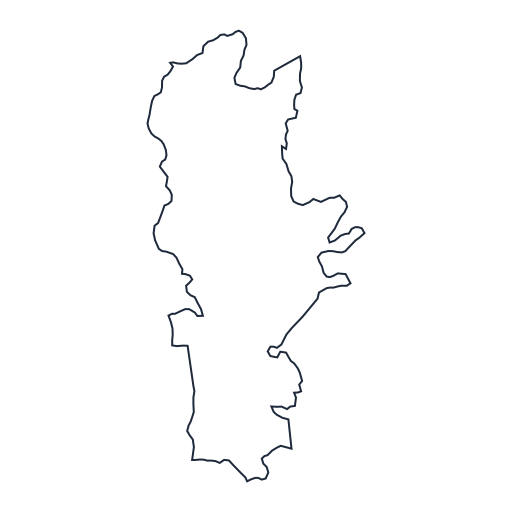 Laranjal Paulista, São Paulo, Brazil
{"feature_id": "56859067B98155787444179", "entity_name": "Laranjal Paulista", "entity_type": "district", "adm_level": 2, "iso_a3": "BRA", "parent_name": "Brazil", "parent_adm1": "São Paulo", "projection": "equal_earth", "projection_center": [-47.857, -23.018], "detail": "fine", "context": "isolated", "style": "outline", "palette": "slate", "viewbox_px": 512, "rotation_deg": 0, "n_neighbors": 0, "source": "geoboundaries", "source_scale": "gbopen_adm2", "svg_char_len": 3430}
<svg xmlns="http://www.w3.org/2000/svg" viewBox="0 0 512 512"><path d="M288.4,419.4L282.4,417.8L276.7,414.7L273.7,411.9L271.4,406.5L276.8,406.8L281.6,406.6L287.1,409.1L290.2,406.6L294.9,405.9L296.0,397.6L294.1,392.7L297.9,392.5L301.1,391.3L299.2,384.6L302.1,381.0L299.9,373.0L297.9,368.5L294.2,363.4L290.8,360.9L288.0,356.1L286.1,352.6L280.3,351.7L277.3,357.4L273.8,356.8L270.3,356.0L267.7,351.4L270.4,346.7L273.5,346.7L277.0,347.8L281.4,344.5L284.2,338.9L286.5,334.4L291.9,327.9L302.6,316.7L317.5,298.7L319.0,292.5L326.5,288.2L329.7,287.6L333.6,287.6L337.9,286.4L341.6,285.7L346.6,285.8L350.5,283.3L345.6,274.1L337.8,273.4L333.2,275.9L329.8,277.1L326.7,276.6L323.6,272.8L322.0,266.5L319.2,261.4L317.8,257.1L321.5,252.6L328.5,251.0L333.1,251.2L337.6,252.1L341.9,252.4L345.3,251.2L348.6,247.6L355.6,240.3L359.0,238.0L364.5,233.1L361.8,228.3L358.3,227.2L355.0,227.2L351.6,229.0L348.9,233.5L345.1,234.0L340.8,235.6L334.9,240.5L329.6,242.5L328.1,237.5L331.5,233.1L335.0,228.3L337.7,222.5L341.0,216.5L344.5,212.3L347.1,206.8L345.9,201.9L342.6,199.0L339.7,195.4L334.3,197.7L329.6,197.8L320.9,201.9L313.3,199.0L309.5,202.1L302.8,205.1L297.8,203.7L293.6,201.5L291.2,196.1L291.0,188.5L292.2,181.9L291.4,176.2L288.6,171.4L286.4,164.0L282.6,158.6L282.1,152.6L281.9,146.3L286.0,149.0L286.8,143.4L285.4,138.9L286.0,134.4L287.7,130.8L285.7,123.4L288.1,119.5L291.4,118.7L295.8,117.8L297.4,110.8L294.4,109.0L294.1,104.8L294.4,99.6L296.1,94.7L300.5,93.1L301.9,87.5L299.9,81.0L300.0,73.8L301.2,68.0L301.1,62.4L300.1,56.2L274.2,70.7L273.8,76.8L271.4,82.6L268.3,84.6L264.9,87.3L260.9,89.3L257.6,88.2L254.3,89.1L249.4,88.2L244.9,86.4L240.1,85.7L235.6,84.0L234.4,77.8L236.4,73.1L240.2,67.5L240.9,60.9L243.6,55.4L244.4,49.8L246.5,44.9L245.9,38.2L242.6,32.8L238.9,30.7L235.5,31.9L232.5,34.3L227.2,35.9L224.3,34.4L220.3,35.0L217.8,37.5L213.3,40.2L208.1,41.7L203.4,46.2L202.5,53.0L197.2,55.0L192.4,59.2L186.2,63.3L181.7,63.7L177.7,63.5L173.4,62.4L170.2,62.8L173.0,66.6L170.4,71.2L167.6,74.7L164.1,76.7L162.1,80.7L162.0,87.5L160.8,92.3L157.9,94.3L154.4,96.0L152.2,100.6L151.0,105.9L150.2,110.6L149.5,115.1L148.4,119.2L147.5,123.5L148.7,128.4L151.4,133.5L154.5,136.4L158.6,138.7L161.5,141.1L163.7,144.4L165.8,149.9L166.5,155.3L165.2,159.5L162.0,161.6L159.8,166.6L163.8,171.9L167.6,176.9L166.9,181.3L166.0,186.2L169.8,190.4L171.8,194.8L171.5,201.0L168.2,204.0L164.5,205.5L162.3,211.8L160.6,216.4L158.1,223.0L154.6,225.7L153.6,233.3L155.1,240.3L158.8,248.8L162.0,251.0L166.5,251.7L173.2,254.1L176.5,257.7L179.2,263.6L182.4,269.2L182.0,273.8L185.4,274.1L189.9,275.7L192.2,279.4L189.9,282.2L186.1,285.8L186.9,291.8L190.4,295.2L194.8,297.2L197.6,302.9L201.0,309.1L202.9,315.8L197.4,316.0L194.8,312.5L189.1,309.1L185.2,309.1L180.7,311.1L175.0,313.8L171.9,313.8L168.5,315.6L170.9,322.1L172.5,328.5L172.7,334.7L172.2,340.4L172.2,345.4L176.7,346.1L183.5,345.6L187.6,345.8L193.4,385.9L194.4,391.2L193.4,397.6L193.4,404.2L193.8,412.0L192.1,417.4L190.6,421.8L188.6,425.5L187.2,431.0L189.8,435.5L192.8,439.5L193.9,447.1L193.0,453.7L192.1,460.0L196.0,459.9L200.1,459.5L204.0,459.7L207.1,460.6L211.3,460.6L215.5,461.1L219.7,462.9L224.1,459.9L228.9,460.4L233.7,465.6L237.4,469.4L241.3,473.4L245.4,477.4L247.1,481.3L251.4,479.2L255.3,477.9L258.3,477.9L261.8,479.6L265.7,478.5L268.3,472.5L266.7,467.0L263.3,463.6L261.8,458.6L264.4,456.1L267.5,455.2L272.2,450.5L277.0,447.6L280.7,445.8L285.7,447.1L291.5,448.7L288.4,419.4Z" fill="none" stroke="#1e293b" stroke-width="2"/></svg>